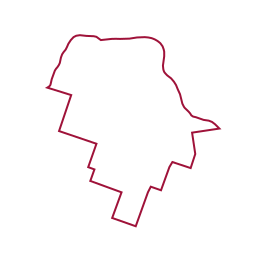 Lawrence, Ohio, United States of America, rotated 195°
{"feature_id": "52423323B32939129903827", "entity_name": "Lawrence", "entity_type": "district", "adm_level": 2, "iso_a3": "USA", "parent_name": "United States of America", "parent_adm1": "Ohio", "projection": "natural_earth1", "projection_center": [-82.537, 38.626], "detail": "fine", "context": "isolated", "style": "outline", "palette": "rose", "viewbox_px": 256, "rotation_deg": 195, "n_neighbors": 0, "source": "geoboundaries", "source_scale": "gbopen_adm2", "svg_char_len": 1159}
<svg xmlns="http://www.w3.org/2000/svg" viewBox="0 0 256 256"><g transform="rotate(195 128 128)"><path d="M95.1,35.1L92.1,71.1L90.8,77.2L80.0,76.4L77.9,101.0L76.3,106.6L57.1,105.5L56.3,120.3L64.9,140.1L58.9,142.7L39.6,151.1L45.0,154.2L48.4,155.6L51.9,156.0L57.1,155.4L65.2,156.0L68.1,155.9L70.1,156.6L71.8,158.2L73.7,159.5L78.4,162.1L79.5,163.0L81.8,165.6L86.5,174.1L89.9,178.2L92.7,181.9L95.6,184.6L99.2,187.1L101.9,188.2L103.8,189.0L105.6,190.1L107.2,191.2L108.3,192.5L109.1,193.9L110.4,197.3L111.6,206.7L112.8,211.1L113.9,213.2L115.7,215.8L118.5,218.1L119.4,218.6L122.0,219.7L125.0,220.5L127.3,220.8L128.6,220.9L131.8,220.7L135.3,220.1L142.7,217.8L149.7,214.7L158.7,212.0L162.9,211.0L166.6,209.9L167.2,209.7L177.0,205.9L182.1,207.9L184.8,207.8L192.0,206.2L198.5,205.2L201.9,203.7L204.1,201.7L206.0,198.1L207.4,193.9L207.9,190.5L208.5,187.6L209.9,184.5L210.7,182.1L211.0,178.7L210.7,173.2L211.1,170.9L212.0,168.3L212.8,166.7L213.5,164.5L214.3,155.4L214.1,150.3L214.2,149.1L215.0,147.6L216.4,146.1L191.4,145.1L193.8,107.2L154.4,104.6L156.3,79.9L149.7,79.3L150.7,67.1L117.6,64.2L120.0,37.0L95.1,35.1Z" fill="none" stroke="#9f1239" stroke-width="2"/></g></svg>